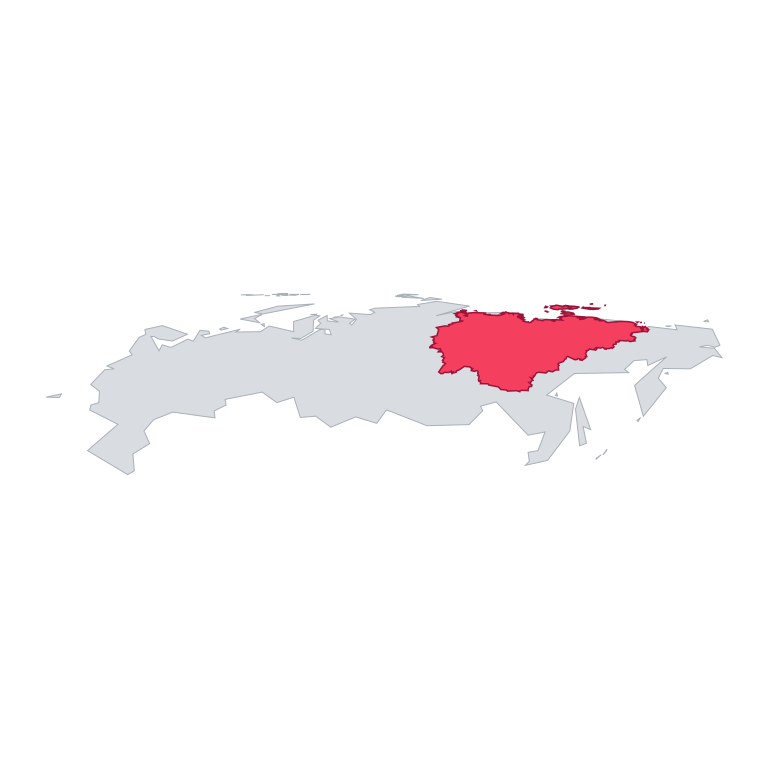 where Sakha (Yakutia) sits in Russia
{"feature_id": "RUS-2612", "entity_name": "Sakha (Yakutia)", "entity_type": "Autonomous Province", "adm_level": 1, "iso_a3": "RUS", "parent_name": "Russia", "parent_adm1": "", "projection": "equal_earth", "projection_center": [131.922, 66.295], "detail": "fine", "context": "in_parent", "style": "filled", "palette": "rose", "viewbox_px": 768, "rotation_deg": 0, "n_neighbors": 0, "source": "natural_earth", "source_scale": "10m", "svg_char_len": 9842}
<svg xmlns="http://www.w3.org/2000/svg" viewBox="0 0 768 768"><path d="M547.6,460.4L525.4,465.3L529.3,461.3L528.1,452.3L538.0,450.6L545.0,432.0L528.1,435.2L496.2,402.0L480.5,406.2L482.7,410.7L469.0,424.6L427.0,425.7L386.5,409.9L376.7,423.3L355.7,416.9L330.8,427.2L315.8,416.2L300.3,417.4L293.9,397.2L276.8,402.6L262.2,392.1L225.1,399.4L226.1,405.0L214.2,410.9L215.0,417.9L172.7,412.1L153.5,419.8L144.0,431.0L149.6,443.6L132.9,454.0L134.3,470.8L127.7,474.6L87.5,450.6L117.9,424.3L89.7,410.0L91.0,404.9L98.8,402.7L99.4,391.2L90.7,384.5L104.8,369.7L114.2,368.8L106.9,366.0L132.1,354.8L129.3,351.1L139.0,337.5L145.7,334.4L144.9,329.5L162.4,325.6L187.5,334.2L172.5,341.0L158.3,339.0L154.5,336.7L150.9,336.4L159.1,350.8L162.2,344.8L171.1,347.4L187.9,339.1L193.3,341.2L199.9,330.4L208.9,331.2L209.7,333.7L201.4,335.4L205.3,337.9L240.2,329.2L235.9,332.0L260.5,331.7L269.2,326.0L293.6,331.7L293.6,321.5L315.5,315.2L319.8,315.9L313.6,320.1L313.1,331.2L301.0,338.4L291.5,338.0L301.9,340.2L319.7,329.7L325.0,329.2L325.0,333.9L331.2,334.7L329.3,329.5L315.4,328.4L320.7,323.3L318.0,320.2L327.1,315.5L327.3,320.8L336.0,322.0L338.6,321.9L329.7,318.6L339.6,316.9L355.0,319.2L349.5,323.2L351.9,325.0L356.5,319.4L349.4,313.1L370.3,314.6L374.7,312.3L369.7,309.8L374.8,308.2L419.5,306.4L417.6,304.5L436.8,301.3L469.5,306.1L436.2,315.7L455.6,311.7L465.3,312.0L464.9,315.5L465.5,316.1L466.7,316.1L468.8,313.0L506.2,312.5L522.4,314.6L522.9,318.0L517.3,316.9L529.2,322.7L535.1,318.5L561.9,320.0L558.6,317.1L564.4,315.3L630.6,322.0L641.2,330.9L648.6,326.5L677.2,329.8L675.1,325.0L712.4,329.2L720.0,345.3L715.1,347.3L707.8,345.2L699.4,346.9L714.4,348.3L721.9,357.6L712.7,355.5L690.4,368.8L663.2,368.5L658.3,378.2L666.3,387.7L643.3,416.3L634.6,385.3L666.6,356.8L647.8,365.5L646.9,359.6L634.1,360.6L624.6,369.4L628.7,372.6L574.4,373.5L546.7,395.0L573.8,403.4L569.8,431.0L547.6,460.4ZM314.5,303.9L263.2,313.9L254.3,312.5L277.7,306.2L314.5,303.9ZM579.4,397.4L590.7,429.7L583.1,426.5L586.4,443.2L579.6,445.8L575.5,409.0L579.4,397.4ZM240.1,319.0L262.2,314.3L254.6,318.5L259.6,322.7L240.1,319.0ZM550.1,307.8L565.7,305.5L579.5,307.2L550.1,307.8ZM408.3,295.9L423.9,298.4L401.2,297.2L408.3,295.9ZM403.7,294.1L418.4,294.7L396.9,295.4L403.7,294.1ZM429.9,297.5L442.0,299.2L420.9,300.5L429.9,297.5ZM582.4,308.1L590.3,307.5L598.8,308.2L582.4,308.1ZM46.1,397.1L61.5,393.9L59.3,397.6L46.1,397.1ZM254.7,295.1L263.8,294.7L246.1,295.5L254.7,295.1ZM565.1,312.2L573.9,314.1L560.2,313.5L565.1,312.2ZM227.6,328.5L221.1,330.2L219.7,329.0L223.8,327.2L227.6,328.5ZM272.0,294.5L280.4,294.1L284.1,294.5L272.0,294.5ZM299.1,294.4L294.7,295.3L289.0,295.0L290.9,294.4L299.1,294.4ZM307.0,294.6L300.3,294.5L310.2,294.3L307.0,294.6ZM264.1,323.7L264.4,326.5L261.4,324.4L264.1,323.7ZM404.1,296.3L398.3,296.8L395.0,296.1L404.1,296.3ZM277.6,293.6L288.1,293.4L283.9,293.9L277.6,293.6ZM708.6,321.8L703.6,321.4L707.6,319.9L708.6,321.8ZM247.6,294.6L253.6,294.8L240.9,294.9L247.6,294.6ZM316.6,314.4L310.2,314.6L316.7,314.2L316.6,314.4ZM462.4,310.1L464.6,311.4L460.2,310.6L462.4,310.1ZM671.5,325.9L667.8,326.6L665.5,326.0L671.5,325.9ZM285.6,295.5L281.2,295.2L288.5,295.4L285.6,295.5ZM285.9,293.9L288.3,294.5L282.9,294.1L285.9,293.9ZM607.1,449.0L606.0,451.5L602.8,455.0L607.1,449.0ZM277.7,295.4L280.4,296.0L276.2,295.9L277.7,295.4ZM339.3,316.6L334.5,317.3L333.6,317.2L339.3,316.6ZM668.3,374.1L664.6,373.5L667.7,372.4L668.3,374.1ZM564.4,310.9L562.6,312.0L561.5,311.2L564.4,310.9ZM556.8,393.1L557.5,396.0L555.4,395.3L556.8,393.1ZM640.6,417.5L638.1,421.6L637.0,420.3L640.6,417.5ZM270.2,295.6L266.0,295.7L264.7,295.6L270.2,295.6ZM343.4,314.6L341.7,315.7L341.0,315.4L343.4,314.6ZM547.3,306.9L544.8,307.6L545.7,306.3L547.3,306.9ZM596.3,458.2L601.2,454.7L596.2,459.1L596.3,458.2Z" fill="#d9dde1" stroke="#a8b0b8" stroke-width="1"/><path d="M459.1,312.1L462.8,312.7L464.9,312.4L464.7,311.7L465.6,312.1L466.6,313.0L465.4,313.5L466.6,313.8L466.5,314.6L464.9,315.5L465.1,315.8L465.7,316.0L468.2,316.2L465.0,315.5L466.5,315.0L466.8,314.1L468.5,313.8L466.6,313.3L473.7,312.6L484.4,313.0L486.3,313.3L484.4,313.4L484.1,314.2L488.7,315.1L499.5,315.5L498.0,315.1L501.7,315.0L502.0,314.4L502.9,314.3L501.4,313.6L502.1,313.5L501.5,313.2L502.7,312.6L504.2,312.9L503.8,312.4L508.3,312.7L508.5,313.1L510.1,313.2L509.8,313.6L512.4,313.1L512.7,313.4L511.9,313.7L512.8,313.6L513.3,314.2L513.3,313.7L514.7,313.5L514.4,313.2L518.4,313.4L518.3,313.8L521.9,314.3L521.2,314.7L523.7,315.0L519.4,315.2L518.8,315.6L523.3,315.9L522.7,316.1L520.1,315.8L518.0,316.0L520.5,316.6L522.9,316.7L524.0,317.5L521.7,318.0L517.1,316.8L517.8,317.1L517.4,317.2L519.2,317.6L521.6,319.2L522.5,318.9L522.0,318.2L523.8,319.2L521.2,319.4L522.7,319.8L524.6,321.2L524.1,321.4L527.7,322.2L528.3,321.8L529.2,322.7L531.1,322.2L532.2,321.0L533.5,321.0L532.6,320.8L535.4,318.4L536.6,318.4L537.6,318.7L535.4,318.9L537.0,319.7L542.8,320.5L542.4,320.7L542.5,320.8L542.9,320.5L542.6,320.3L543.0,320.1L545.9,319.6L550.2,319.9L553.6,320.7L553.0,321.0L554.0,321.3L555.0,321.3L553.7,320.9L556.0,320.6L554.0,320.4L555.0,319.7L562.0,320.1L560.9,319.4L561.1,318.7L559.4,318.4L562.4,317.5L558.4,317.5L560.0,316.6L565.6,316.3L563.6,315.3L586.4,317.1L579.5,316.8L578.0,317.5L576.5,317.3L577.7,317.7L580.0,317.4L586.7,317.2L583.5,318.8L583.5,318.2L584.7,317.8L583.4,318.0L583.0,317.5L582.0,317.4L582.8,318.5L579.8,318.3L580.7,318.8L579.6,319.1L579.7,319.4L583.8,319.0L587.6,317.1L592.0,317.2L596.9,317.9L598.3,318.6L593.9,318.9L594.7,319.1L594.0,319.4L600.8,320.0L598.7,321.0L600.8,320.4L600.7,320.8L603.9,320.6L606.5,321.7L604.9,321.8L608.2,322.5L620.3,321.4L627.9,321.6L632.7,322.4L636.4,324.2L635.1,324.9L636.0,325.0L635.4,325.7L635.8,326.3L640.2,326.7L641.0,328.8L642.8,329.2L642.1,330.7L641.0,330.9L642.3,330.9L643.5,329.5L642.4,327.7L645.4,326.5L645.9,327.6L647.7,328.4L647.0,329.1L648.3,329.7L647.5,329.9L648.2,330.7L647.4,331.8L643.5,331.4L632.0,332.8L631.4,333.6L632.6,334.1L630.7,334.2L630.4,334.9L631.2,335.3L631.3,336.0L634.8,336.9L635.8,337.9L634.1,339.4L634.8,339.8L634.4,340.2L634.9,340.8L629.9,341.6L627.7,340.4L626.7,341.0L619.1,340.4L618.5,341.0L619.3,341.5L618.9,342.0L615.9,342.0L616.2,344.0L613.3,344.5L612.9,345.8L614.0,346.9L612.2,348.4L611.3,347.7L609.0,348.6L606.0,348.5L606.1,349.2L604.4,348.9L603.8,347.8L602.6,347.4L600.4,348.1L596.7,347.5L595.7,348.0L596.8,348.9L595.7,350.2L594.3,349.8L594.3,349.2L593.0,349.7L589.4,349.0L588.5,350.2L586.3,350.7L586.8,351.4L585.5,353.6L586.8,356.5L585.4,356.8L585.7,357.8L582.1,360.3L581.0,360.2L580.8,359.1L579.8,359.7L579.5,359.0L577.9,358.5L577.1,359.5L574.8,359.7L567.6,356.4L566.3,357.3L566.1,358.8L565.0,359.2L563.4,361.5L558.4,363.3L558.0,364.3L559.1,365.3L558.3,366.2L558.6,370.0L555.9,369.9L552.5,371.8L548.3,370.9L546.0,373.0L538.7,372.2L536.3,373.0L534.5,376.1L533.3,376.1L533.6,377.3L532.8,378.0L533.3,378.3L530.6,377.7L533.0,380.3L531.5,380.8L530.7,382.4L529.0,382.5L532.0,385.1L531.5,386.5L529.1,386.7L528.0,389.4L528.2,390.6L522.0,390.3L520.1,390.7L519.8,391.7L516.6,390.7L507.4,391.1L506.4,390.0L500.8,389.5L498.3,386.9L488.7,385.0L488.0,383.8L480.5,383.7L480.8,382.8L479.7,381.5L480.2,380.7L478.8,381.1L478.4,379.9L479.1,376.2L477.7,375.5L478.3,374.5L477.7,373.2L478.1,371.5L476.2,370.5L474.5,371.4L471.3,370.6L472.0,369.6L471.4,369.0L472.4,368.6L469.7,366.9L464.2,366.4L459.4,369.8L456.8,370.7L456.1,372.2L452.2,373.2L451.8,374.2L451.8,372.9L452.7,372.0L451.3,372.1L451.3,371.1L448.5,372.5L444.6,372.3L442.7,373.6L440.8,373.6L438.7,372.0L443.2,365.4L444.1,365.2L445.5,363.4L442.8,362.3L443.3,361.3L442.4,360.4L444.5,357.7L441.7,356.6L443.5,355.2L442.9,352.8L441.8,351.9L438.2,351.8L439.1,350.8L441.0,350.6L440.2,348.7L438.2,349.2L433.2,347.7L429.9,347.8L429.8,347.0L430.4,347.0L431.0,346.0L432.0,346.2L431.3,345.4L435.6,343.4L433.6,342.7L434.2,341.2L433.0,340.4L433.2,339.7L434.1,339.3L433.9,337.9L431.7,337.0L436.8,335.7L438.7,329.7L436.5,327.5L444.9,325.9L448.3,326.2L449.6,325.3L448.9,324.6L452.7,323.8L452.3,323.1L460.4,321.7L462.2,321.0L459.8,320.3L460.4,317.8L457.2,317.0L458.1,316.6L455.9,315.6L457.1,314.8L454.7,313.6L458.2,313.0L457.6,312.5L459.1,312.1ZM579.5,307.1L577.3,307.4L577.2,307.7L578.1,307.9L574.9,308.6L571.0,308.3L569.5,307.6L571.2,306.7L568.9,306.6L567.7,306.9L569.4,308.1L573.9,308.9L569.8,309.2L567.4,308.7L561.2,309.2L559.7,308.8L557.9,309.7L553.5,309.2L549.8,307.6L551.8,307.6L550.8,307.5L551.3,307.0L550.4,306.6L552.8,306.5L551.7,306.0L555.1,305.7L555.5,305.3L557.2,305.2L556.7,305.2L562.5,306.4L562.4,306.8L564.4,306.8L563.7,306.6L564.1,305.7L566.3,305.8L565.1,305.3L569.5,306.2L574.4,306.3L579.5,307.1ZM591.0,308.1L599.3,308.3L598.3,309.0L593.4,309.4L589.7,309.3L582.1,308.0L583.2,307.0L584.6,307.6L590.2,307.5L591.0,308.1ZM573.5,313.2L574.1,314.2L572.8,314.3L560.5,313.6L563.1,313.4L565.2,312.1L568.5,312.0L573.5,313.2ZM467.0,310.4L464.5,311.5L460.0,310.8L461.8,310.6L462.5,310.0L467.0,310.4ZM565.0,311.3L564.9,311.7L563.1,312.0L561.7,311.5L562.3,310.9L565.0,311.3ZM547.4,306.9L546.7,307.5L544.8,307.6L545.6,306.2L547.4,306.9ZM519.5,315.5L522.0,315.1L523.5,315.5L522.7,315.7L519.5,315.5ZM642.2,328.2L643.3,329.4L642.9,329.6L643.0,329.2L641.7,328.8L641.1,327.4L642.0,327.1L642.2,328.2ZM547.9,311.9L547.5,312.1L544.6,310.9L547.0,311.4L547.9,311.9ZM554.3,319.8L553.5,320.3L550.9,319.9L551.8,319.7L554.3,319.8ZM593.1,303.7L592.3,304.1L589.7,304.1L593.1,303.7ZM520.7,316.0L521.9,316.3L518.7,316.1L520.7,316.0ZM490.8,314.6L488.7,314.8L488.5,314.5L489.9,314.4L490.8,314.6ZM642.3,326.7L643.0,327.4L642.1,327.6L642.3,326.7ZM637.9,322.1L637.4,322.5L636.9,322.1L637.9,322.1ZM605.2,305.3L605.1,305.6L604.3,305.5L605.2,305.3ZM505.7,311.9L506.7,312.1L505.3,312.1L505.7,311.9ZM643.0,326.7L643.8,327.1L643.0,326.8L643.0,326.7ZM516.4,313.3L517.4,313.2L518.7,313.3L517.7,313.3L516.4,313.3ZM476.1,310.6L476.3,310.9L475.7,310.7L476.1,310.6ZM641.1,322.3L641.8,322.6L640.9,322.5L641.1,322.3ZM644.3,323.0L644.8,323.0L643.9,323.0L644.3,323.0Z" fill="#f43f5e" stroke="#9f1239" stroke-width="1.5"/></svg>